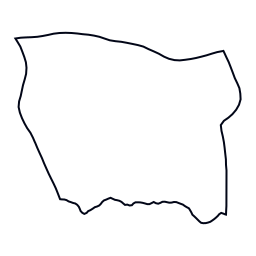 outline of As Sa'id, Shabwah, Yemen
{"feature_id": "15242507B10835252837826", "entity_name": "As Sa'id", "entity_type": "district", "adm_level": 2, "iso_a3": "YEM", "parent_name": "Yemen", "parent_adm1": "Shabwah", "projection": "mercator", "projection_center": [46.874, 14.278], "detail": "fine", "context": "isolated", "style": "outline", "palette": "ink", "viewbox_px": 256, "rotation_deg": 0, "n_neighbors": 0, "source": "geoboundaries", "source_scale": "gbopen_adm2", "svg_char_len": 2228}
<svg xmlns="http://www.w3.org/2000/svg" viewBox="0 0 256 256"><path d="M226.0,214.6L226.2,209.8L226.4,206.1L226.5,170.5L226.0,164.8L225.9,159.4L225.2,153.2L224.6,147.7L223.9,142.2L222.8,136.4L221.5,130.9L220.8,125.1L223.9,120.8L228.4,117.7L232.5,114.1L236.2,109.7L239.0,104.8L240.6,99.3L240.3,93.6L239.4,88.2L237.3,83.3L234.8,78.1L232.8,72.7L230.7,67.2L228.7,62.1L226.3,57.1L224.0,52.1L223.5,51.1L223.4,50.9L222.5,51.1L217.2,52.1L212.0,53.6L206.6,55.3L201.3,56.7L196.0,58.0L190.8,59.0L185.1,59.8L179.8,60.4L174.5,60.1L169.0,58.8L164.1,56.7L158.8,53.7L153.8,51.4L148.5,49.1L143.4,46.6L138.0,45.1L132.3,43.9L126.8,42.8L121.3,41.8L115.5,41.2L109.8,40.3L104.7,38.6L99.4,36.8L94.0,35.6L88.4,34.7L82.8,34.2L77.3,33.5L71.6,33.0L65.6,32.8L59.5,33.0L53.6,33.7L48.3,34.9L42.6,36.0L37.3,36.8L31.6,37.2L26.2,37.4L20.8,37.7L15.4,38.5L17.4,41.7L20.3,46.5L22.3,51.6L24.3,57.0L25.9,62.3L26.5,67.8L26.1,73.9L24.7,79.4L23.0,85.2L21.9,90.4L20.7,96.1L19.1,101.4L18.6,107.0L19.9,112.7L22.0,118.2L24.5,123.4L27.2,128.2L30.4,132.7L33.0,137.8L34.7,141.8L35.2,142.8L37.4,148.1L39.6,153.0L42.0,158.2L44.1,163.4L46.5,168.8L48.7,173.7L51.1,178.6L53.5,183.4L55.8,188.3L57.8,193.3L59.8,198.5L60.1,199.2L62.0,199.4L64.3,199.5L66.5,200.1L68.6,201.4L70.8,202.1L72.9,202.9L75.3,203.5L77.2,204.8L78.8,206.7L79.8,208.9L80.6,211.0L82.3,212.8L84.3,213.9L86.6,212.9L88.2,211.1L90.3,210.2L92.7,208.7L94.8,207.2L97.1,206.5L99.2,205.5L100.8,203.9L102.2,202.0L104.0,200.4L106.2,199.6L108.4,198.6L110.6,197.8L112.7,198.8L114.9,199.8L117.1,200.2L119.4,200.8L121.5,201.9L123.2,203.4L125.0,204.9L127.3,204.6L129.6,205.5L131.9,205.2L133.4,203.5L135.5,202.3L137.8,202.3L140.2,202.4L142.5,202.8L144.8,203.4L147.2,204.1L149.5,204.1L151.6,203.1L153.7,202.0L155.9,203.2L158.2,203.7L160.3,202.9L162.4,201.8L164.8,201.7L167.0,202.2L169.3,202.7L171.6,202.6L173.9,202.0L176.3,202.1L178.6,203.0L180.7,203.8L182.9,204.6L184.8,206.0L186.8,207.2L188.9,208.3L190.2,210.4L191.4,212.5L192.4,214.7L194.1,216.2L195.8,217.8L197.7,219.7L199.3,221.3L201.1,222.8L203.3,223.2L205.7,223.1L207.9,222.6L210.3,221.8L212.4,220.4L214.2,219.1L216.0,217.6L217.7,216.0L218.0,215.7L219.2,214.2L220.3,213.5L221.2,212.9L223.3,213.6L225.5,214.5L226.0,214.6Z" fill="none" stroke="#020617" stroke-width="2"/></svg>